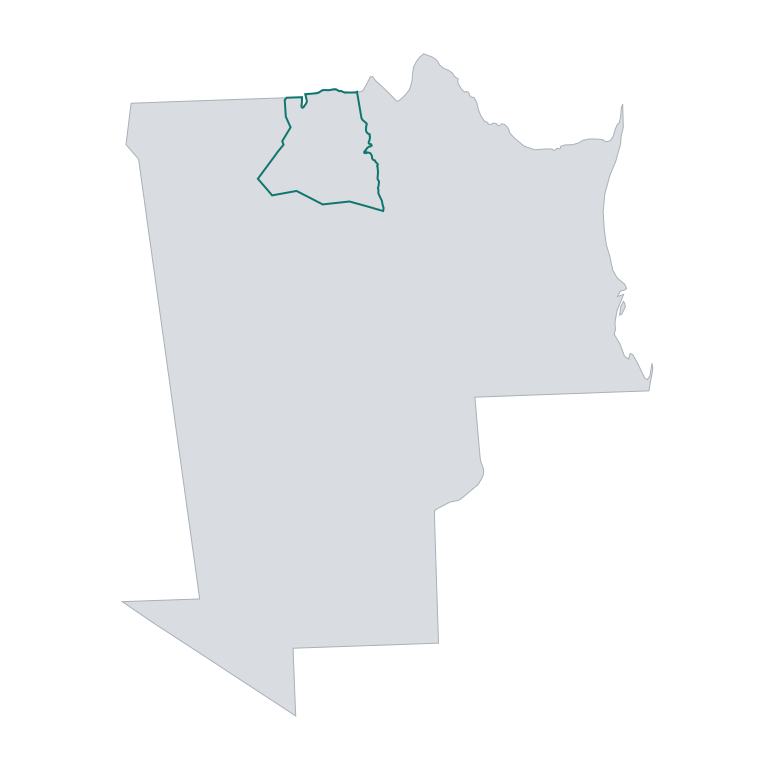 location of Hodh el Gharbi within Mauritania, rotated 178°
{"feature_id": "MRT-2797", "entity_name": "Hodh el Gharbi", "entity_type": "Region", "adm_level": 1, "iso_a3": "MRT", "parent_name": "Mauritania", "parent_adm1": "", "projection": "natural_earth1", "projection_center": [-10.311, 16.544], "detail": "fine", "context": "in_parent", "style": "outline", "palette": "teal", "viewbox_px": 768, "rotation_deg": 178, "n_neighbors": 0, "source": "natural_earth", "source_scale": "10m", "svg_char_len": 5033}
<svg xmlns="http://www.w3.org/2000/svg" viewBox="0 0 768 768"><g transform="rotate(178 384 384)"><path d="M325.1,709.4L324.2,709.0L319.4,705.2L317.2,700.7L313.4,697.4L308.3,695.1L304.9,692.5L303.4,689.6L301.4,687.7L299.4,686.7L299.2,685.7L299.7,684.3L299.3,681.6L296.2,675.7L293.4,673.0L291.0,673.4L289.6,672.7L288.8,671.4L288.5,669.5L286.8,667.8L284.0,667.1L281.7,662.8L280.0,654.7L277.8,648.5L275.0,644.0L273.0,642.3L271.6,642.0L271.1,641.3L270.7,640.0L268.5,639.6L265.5,640.9L262.8,640.5L261.4,638.3L259.6,638.1L257.2,639.9L254.6,639.3L251.8,636.5L250.2,633.6L249.9,630.8L245.0,625.2L235.5,616.7L225.1,612.8L213.9,613.3L207.6,612.9L206.2,611.6L204.8,611.7L203.4,613.2L201.9,613.5L200.3,612.7L199.4,613.3L199.0,615.5L195.0,616.6L187.4,616.6L181.3,618.0L176.7,620.6L170.1,621.7L161.6,621.3L156.5,620.4L154.8,618.8L152.3,618.5L149.2,619.3L146.3,623.5L143.8,631.0L141.7,635.3L140.1,636.4L138.3,642.0L137.2,651.4L135.7,655.5L135.9,632.1L138.4,623.3L139.2,615.6L144.6,598.6L150.9,584.7L156.7,566.2L159.0,548.3L158.5,530.7L156.9,515.1L154.1,504.8L151.4,489.8L147.4,482.0L139.9,475.1L138.3,471.1L140.0,469.6L144.6,468.5L147.6,463.2L141.4,465.2L148.7,448.8L151.0,437.6L150.8,430.2L152.2,425.7L146.8,415.8L142.7,403.4L140.5,401.5L138.3,400.4L138.0,403.3L136.8,406.0L134.2,404.4L129.6,395.4L123.2,380.7L121.0,379.2L119.0,381.2L117.8,383.1L115.5,395.4L114.8,390.5L115.8,384.8L117.5,377.7L119.5,367.9L125.1,367.9L135.2,367.9L155.5,367.9L165.6,367.9L185.8,367.8L195.9,367.8L216.2,367.8L226.3,367.8L246.5,367.8L256.7,367.7L276.9,367.7L287.0,367.7L293.7,367.7L293.3,360.7L293.0,355.2L292.6,347.8L292.3,340.4L291.9,333.0L291.5,326.0L291.2,319.1L290.8,312.7L290.5,306.7L290.0,303.3L287.9,296.6L287.4,293.2L288.0,289.7L289.5,286.4L293.4,280.3L299.4,275.6L306.3,270.2L311.6,266.1L314.3,265.0L322.5,263.6L328.9,260.5L335.2,257.4L337.8,255.8L338.2,250.0L338.6,123.1L369.5,123.1L377.7,123.1L434.6,123.1L442.7,123.1L484.1,123.1L484.1,117.1L484.1,108.5L484.0,96.7L484.0,84.8L483.9,64.0L483.8,55.3L492.0,61.1L508.4,72.7L516.7,78.5L533.1,90.1L549.6,101.7L566.1,113.4L574.3,119.2L582.6,125.0L590.8,130.8L599.1,136.6L615.6,148.2L622.6,153.1L633.2,160.9L643.2,168.2L653.2,175.6L637.9,175.6L617.4,175.6L603.4,175.6L589.1,175.6L575.7,175.6L576.9,187.6L578.3,200.6L579.6,213.7L581.0,226.7L582.3,239.8L586.4,278.9L587.7,292.0L589.1,305.0L590.4,318.1L591.8,331.1L594.5,357.2L595.8,370.2L597.2,383.3L598.5,396.3L599.9,409.3L601.2,422.4L603.9,448.4L605.3,461.5L606.6,474.5L608.0,487.5L609.3,500.6L610.7,513.6L612.0,526.6L613.4,539.6L616.1,565.7L617.4,578.7L618.8,591.7L620.1,604.7L621.4,617.3L626.8,624.0L633.5,632.3L631.6,644.1L629.4,658.1L626.9,673.4L608.4,673.4L590.2,673.5L544.8,673.5L535.7,673.5L490.2,673.5L481.1,673.5L463.6,673.5L458.4,673.1L456.5,671.9L455.8,664.0L454.3,664.5L452.5,666.8L451.5,669.3L451.8,672.6L451.6,675.4L445.7,676.5L437.8,678.4L429.5,679.9L421.1,679.3L418.3,678.7L415.2,677.6L408.5,676.5L404.9,676.4L400.7,676.7L395.8,677.3L394.3,678.7L390.6,684.7L387.0,691.5L384.6,691.5L382.0,687.7L374.8,680.6L366.0,671.3L362.0,666.7L359.9,666.1L355.7,669.4L352.2,672.6L348.4,677.1L346.7,681.5L345.3,686.6L344.7,692.6L343.4,699.7L340.3,705.3L336.7,709.6L334.0,711.6L333.0,712.7L325.1,709.4ZM144.7,453.0L141.8,458.1L140.6,456.2L140.1,452.8L142.7,448.0L143.9,445.5L146.1,444.6L144.7,453.0Z" fill="#d9dde1" stroke="#a8b0b8" stroke-width="1"/><path d="M471.3,673.5L470.6,673.5L465.2,673.5L463.6,673.5L455.9,673.5L456.2,668.7L456.8,665.1L456.6,663.4L455.6,662.9L454.7,663.5L452.0,667.2L451.3,668.6L451.3,670.2L452.0,673.5L452.6,676.4L441.5,676.9L439.3,677.4L438.5,677.8L435.9,679.5L434.2,680.0L429.1,679.5L423.9,680.3L422.1,680.3L421.0,679.9L419.4,678.7L418.5,678.2L418.2,678.2L417.3,678.4L416.9,678.4L413.1,676.6L412.5,676.5L410.4,676.7L409.1,676.5L404.6,676.4L403.9,676.5L403.0,676.3L402.3,676.4L400.8,677.0L397.2,650.3L395.9,648.3L393.1,645.8L392.2,644.7L392.4,644.4L392.4,642.9L392.9,642.1L392.9,640.6L393.2,639.2L393.0,637.4L392.3,635.8L391.1,634.7L389.6,634.1L389.5,633.2L389.8,632.5L389.3,631.3L389.4,630.5L389.7,629.7L389.9,628.3L390.2,627.7L390.5,627.2L390.9,626.1L390.8,625.0L390.3,624.6L388.5,624.0L388.0,622.8L388.7,622.1L389.4,621.9L390.4,621.9L392.7,620.4L393.1,619.5L394.1,618.8L394.1,617.5L395.1,617.4L395.7,616.6L395.7,616.0L395.5,615.5L394.8,615.6L394.1,615.9L393.6,615.3L392.3,616.0L391.6,615.8L390.9,615.7L389.5,615.0L388.6,613.5L388.0,611.9L388.1,610.1L387.6,609.2L386.9,608.4L386.1,607.9L385.3,607.8L384.9,607.2L384.7,606.4L383.7,605.1L382.8,604.4L382.5,603.2L383.0,602.6L383.3,601.8L382.7,600.6L382.8,599.6L382.8,598.7L382.6,597.3L382.6,595.8L383.3,589.5L383.0,588.2L382.3,587.4L381.9,586.3L382.6,581.8L383.0,580.9L383.3,579.9L382.7,578.0L383.0,576.1L382.8,574.3L379.8,567.3L378.9,562.0L378.3,560.3L378.4,558.6L378.9,556.9L393.1,561.6L412.1,567.6L439.2,565.6L439.5,565.9L464.7,580.0L489.2,576.4L495.3,584.1L502.9,593.5L492.8,606.2L485.3,615.6L482.5,619.3L476.1,626.6L477.2,630.3L468.4,643.8L470.3,648.4L472.8,654.6L473.3,671.2L471.7,673.1L471.4,673.4L471.3,673.5L471.3,673.5Z" fill="none" stroke="#0f766e" stroke-width="2"/></g></svg>